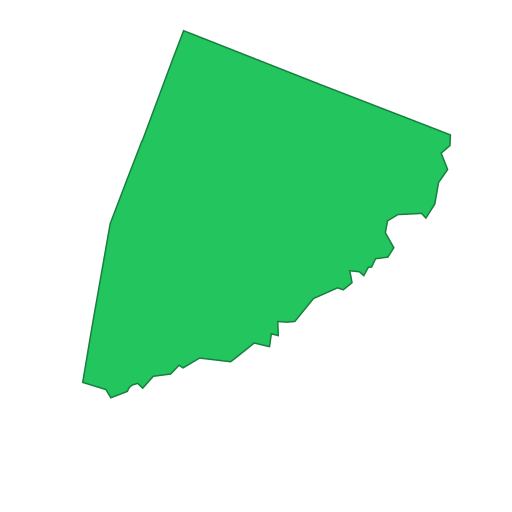 Rankin, Mississippi, United States of America (orthographic projection), rotated 201°
{"feature_id": "52423323B65726573708010", "entity_name": "Rankin", "entity_type": "district", "adm_level": 2, "iso_a3": "USA", "parent_name": "United States of America", "parent_adm1": "Mississippi", "projection": "orthographic", "projection_center": [-90.031, 32.32], "detail": "fine", "context": "isolated", "style": "filled", "palette": "green", "viewbox_px": 512, "rotation_deg": 201, "n_neighbors": 0, "source": "geoboundaries", "source_scale": "gbopen_adm2", "svg_char_len": 834}
<svg xmlns="http://www.w3.org/2000/svg" viewBox="0 0 512 512"><g transform="rotate(201 256 256)"><path d="M372.5,75.9L348.2,77.5L340.7,71.6L327.6,83.5L327.2,87.8L325.4,91.1L320.8,94.7L314.4,92.0L308.8,106.9L293.4,115.2L288.7,126.4L284.0,125.4L272.1,140.5L241.8,148.2L239.1,152.5L226.5,174.1L210.9,176.2L213.8,188.8L206.7,189.7L212.2,202.6L203.2,205.4L196.3,208.8L187.1,236.9L168.5,255.5L162.4,255.7L156.8,265.5L160.5,271.6L163.3,275.8L153.9,278.3L148.3,276.3L147.1,285.8L144.1,287.1L143.4,296.3L132.5,302.2L130.3,313.1L143.6,324.1L145.8,336.0L138.4,345.5L116.7,355.1L111.0,352.3L107.7,368.5L111.9,390.1L108.1,405.4L120.0,418.4L114.5,428.6L117.9,438.7L139.3,438.8L258.3,439.1L404.3,440.4L404.3,410.9L403.4,322.3L403.7,322.2L403.8,281.6L403.7,233.9L383.9,132.1L372.5,75.9Z" fill="#22c55e" stroke="#15803d" stroke-width="1.5"/></g></svg>